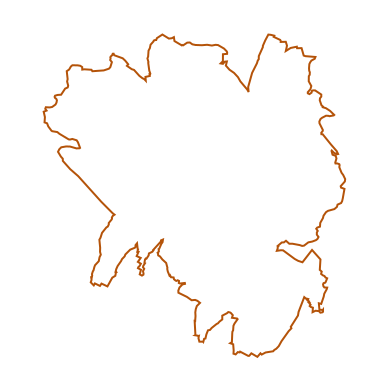 the district of Tlapanalá, Puebla, Mexico, rotated 183°
{"feature_id": "50627088B76053764964540", "entity_name": "Tlapanalá", "entity_type": "district", "adm_level": 2, "iso_a3": "MEX", "parent_name": "Mexico", "parent_adm1": "Puebla", "projection": "mercator", "projection_center": [-98.531, 18.695], "detail": "fine", "context": "isolated", "style": "outline", "palette": "amber", "viewbox_px": 384, "rotation_deg": 183, "n_neighbors": 0, "source": "geoboundaries", "source_scale": "gbopen_adm2", "svg_char_len": 5881}
<svg xmlns="http://www.w3.org/2000/svg" viewBox="0 0 384 384"><g transform="rotate(183 192 192)"><path d="M48.1,237.6L49.7,240.5L50.4,241.2L55.8,246.8L64.5,256.5L65.8,256.5L66.0,257.9L64.6,259.9L64.6,260.8L68.3,267.3L68.5,269.1L67.5,271.6L65.9,273.0L62.1,275.2L59.9,275.2L58.6,274.9L54.5,275.9L54.0,276.4L58.3,280.2L62.6,282.7L65.8,283.5L65.6,284.1L67.2,285.3L69.2,290.2L69.1,292.3L67.9,294.0L68.0,296.1L74.4,299.9L76.5,299.8L77.6,299.2L77.8,297.5L79.8,295.9L81.5,296.6L81.6,297.7L79.1,300.9L78.4,304.1L81.2,308.6L81.4,313.8L80.6,315.2L80.6,317.8L81.3,319.2L81.6,321.7L81.5,325.9L80.7,327.8L79.6,329.5L76.4,331.5L75.8,333.3L85.9,333.6L87.6,334.1L90.1,341.4L94.6,341.1L94.9,342.6L101.0,341.0L105.7,337.7L104.8,343.1L106.2,346.9L111.3,346.5L111.3,347.5L111.9,348.5L118.5,351.2L118.0,352.4L121.7,353.1L124.0,353.2L126.8,347.2L128.9,341.6L128.8,340.5L129.3,339.2L132.4,331.2L132.3,328.1L133.2,326.7L133.9,323.9L138.2,314.1L141.4,299.8L140.7,294.8L142.2,297.2L149.5,305.0L152.1,309.1L156.2,313.1L161.0,316.1L164.8,320.0L164.0,324.2L166.0,323.9L167.8,321.6L170.1,321.9L168.0,324.2L168.3,331.2L164.2,331.8L164.2,333.3L164.7,334.3L167.5,336.9L173.7,340.1L176.2,340.2L179.8,339.3L184.6,339.8L189.8,339.1L196.2,339.0L199.4,339.5L202.0,341.2L204.6,340.9L208.5,338.0L209.5,338.3L209.9,337.9L217.4,341.8L218.2,345.7L220.2,344.5L223.1,344.0L229.8,347.7L235.1,343.8L235.7,341.9L237.2,341.7L238.1,341.2L238.3,340.4L241.1,336.9L241.6,333.5L242.8,330.9L242.9,324.9L243.5,323.1L242.3,319.5L242.5,318.8L241.0,310.9L239.8,308.0L240.1,307.0L240.5,307.1L240.2,305.7L244.5,304.5L244.0,300.7L245.7,302.3L247.4,303.0L250.6,305.2L256.3,310.9L258.6,311.5L263.6,314.6L262.4,316.2L265.6,319.7L268.2,321.9L276.8,324.5L277.5,326.0L278.4,325.9L278.9,324.4L280.3,323.0L280.6,322.2L280.3,321.4L280.6,319.5L278.8,317.5L280.1,312.4L281.4,310.8L286.5,308.8L297.8,307.4L298.8,308.8L306.0,308.9L308.0,308.5L308.2,311.0L310.2,312.2L312.9,312.5L318.1,312.3L319.5,311.0L321.1,307.9L323.4,306.1L322.1,298.2L322.5,295.8L321.2,291.7L321.6,289.9L324.1,288.6L327.8,282.3L331.3,281.9L333.8,281.0L334.2,279.8L333.7,278.8L332.4,277.9L331.7,276.5L332.0,274.2L332.9,272.2L336.1,269.6L338.5,269.0L342.4,269.0L342.9,267.4L341.5,265.7L344.3,264.4L342.8,259.1L342.9,253.8L340.3,253.0L339.0,250.0L335.6,245.9L334.8,245.4L329.6,244.8L327.5,243.2L317.9,238.1L316.6,238.0L314.3,238.7L309.9,237.6L308.5,235.7L306.1,230.2L306.5,229.8L309.7,229.5L316.2,231.0L320.1,230.9L324.9,229.8L326.8,227.7L327.9,225.1L324.8,220.5L322.8,218.5L322.6,216.3L314.8,208.4L306.5,201.9L282.2,177.6L270.3,166.8L268.2,165.3L269.8,164.1L270.7,162.3L270.5,161.1L270.9,160.2L273.5,156.7L273.4,155.2L274.3,153.1L275.7,152.1L279.7,146.5L281.0,141.5L282.0,139.5L280.8,131.6L280.7,127.4L279.8,124.6L280.9,122.1L281.5,118.0L285.0,113.8L285.6,111.9L286.3,108.4L286.8,107.8L287.6,104.8L287.3,103.5L287.7,100.8L288.1,101.0L287.7,99.0L288.4,96.5L285.2,93.6L284.2,95.6L279.0,93.4L277.6,95.8L271.5,93.3L267.1,102.3L264.2,104.3L263.8,107.3L264.1,107.7L263.3,108.0L264.0,109.1L263.6,111.1L262.4,114.2L259.2,119.3L258.4,121.3L255.9,124.2L255.3,126.1L250.7,131.2L246.2,133.3L245.6,134.0L245.6,136.0L244.2,137.9L243.2,131.9L242.9,131.8L243.5,129.4L242.3,129.4L243.9,125.1L239.8,123.5L242.4,119.4L239.3,117.7L240.6,115.2L241.7,114.1L242.0,113.1L238.9,111.7L239.9,107.0L237.6,105.9L236.2,106.9L236.1,107.9L236.8,110.4L235.7,112.8L237.0,114.3L236.8,115.7L235.2,118.4L235.8,118.7L235.4,122.1L234.7,123.2L234.0,123.0L232.0,126.4L231.8,128.4L228.4,130.3L227.4,131.9L227.7,132.1L220.6,140.8L220.4,142.1L218.5,143.0L218.8,140.3L219.9,138.6L221.9,133.3L222.3,133.2L222.0,130.8L223.2,129.5L222.6,128.6L222.6,127.5L222.4,126.9L220.6,126.0L218.1,123.1L214.1,119.8L212.6,115.1L212.7,113.9L212.0,111.3L210.1,107.3L209.6,107.8L208.5,105.8L205.9,105.7L205.4,103.9L203.6,102.6L202.8,102.4L201.7,103.1L200.3,102.5L200.4,100.4L199.1,100.0L194.4,100.8L194.2,99.9L196.7,99.2L199.5,96.0L200.5,92.8L200.3,90.7L191.6,87.0L186.7,83.9L183.2,84.4L180.9,83.6L178.2,81.7L181.2,78.4L182.1,75.2L182.4,72.0L182.0,68.3L182.1,63.3L182.6,63.4L181.1,49.3L181.4,49.1L178.7,48.8L178.2,48.3L177.6,48.6L177.9,46.4L176.8,42.9L173.2,43.1L172.9,42.8L172.2,46.0L170.9,46.4L170.2,50.5L168.8,54.7L166.8,55.2L165.3,57.2L160.5,61.5L159.2,62.2L157.8,64.0L155.1,66.3L155.3,70.1L150.7,72.8L149.5,74.0L147.7,73.7L146.7,73.1L144.8,71.1L145.5,68.5L140.3,68.0L139.8,67.4L142.7,62.8L143.6,60.6L143.7,55.9L144.3,54.8L144.4,53.3L144.3,44.1L145.9,43.0L142.9,42.1L142.1,36.0L142.1,32.7L139.9,32.1L137.9,34.5L136.0,34.3L135.6,35.1L127.3,31.3L126.3,31.4L124.3,34.0L118.1,30.8L115.2,34.5L113.9,33.3L110.1,35.6L102.6,37.2L101.5,38.6L99.6,39.9L97.3,42.6L94.8,47.7L88.2,58.1L85.6,61.1L86.3,62.5L79.7,74.2L79.3,77.8L74.4,92.9L72.1,91.1L71.8,91.5L70.3,91.2L70.9,89.7L69.4,88.9L69.9,88.0L68.5,87.3L68.8,86.7L67.7,85.6L68.5,84.3L67.3,83.4L65.2,82.8L65.3,78.3L62.4,79.9L59.4,79.7L58.7,80.1L58.8,79.5L57.5,78.2L55.4,78.7L54.9,79.3L55.0,81.3L55.2,81.0L58.6,81.2L59.5,87.5L57.1,87.0L55.0,94.4L54.6,97.3L52.4,101.9L52.0,103.6L54.8,103.6L55.8,104.7L56.3,106.7L55.8,107.9L54.4,108.3L53.9,108.9L52.5,112.9L54.2,113.6L55.3,115.0L57.1,115.7L58.8,117.0L58.3,119.3L60.3,120.9L60.2,131.4L69.1,140.4L78.0,127.6L82.4,128.8L85.9,130.5L98.0,138.5L100.1,138.5L104.2,137.7L103.5,140.0L103.5,141.8L103.1,142.2L103.6,142.6L99.7,146.3L97.6,146.5L95.6,148.2L92.1,145.4L89.0,145.6L81.5,144.6L79.2,143.9L77.3,144.3L73.2,147.8L69.3,148.8L65.7,150.4L64.3,151.6L63.3,153.7L65.1,155.9L65.2,158.2L64.4,159.7L66.0,161.8L65.1,163.0L62.4,164.1L62.3,167.9L59.9,172.7L59.4,175.2L57.1,178.9L55.2,180.3L48.9,182.4L46.5,184.7L46.0,187.0L42.5,188.8L41.6,190.7L41.1,193.5L39.9,203.1L43.4,204.2L43.8,205.6L39.9,210.5L39.7,212.9L41.9,216.9L43.7,219.1L45.7,223.4L46.2,224.6L46.0,226.6L46.4,227.5L48.3,228.1L50.2,228.0L50.5,228.8L49.5,233.1L50.4,235.6L53.6,236.6L54.8,240.3L54.6,240.7L52.4,238.7L50.6,237.8L49.9,237.9L49.2,237.3L48.1,237.6Z" fill="none" stroke="#b45309" stroke-width="2"/></g></svg>